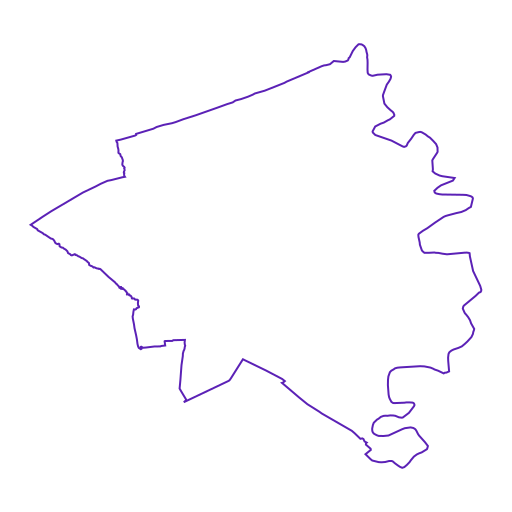 outline of Vetrisoaia, Vaslui, Romania
{"feature_id": "2599482B68362790153734", "entity_name": "Vetrisoaia", "entity_type": "district", "adm_level": 2, "iso_a3": "ROU", "parent_name": "Romania", "parent_adm1": "Vaslui", "projection": "robinson", "projection_center": [28.193, 46.447], "detail": "fine", "context": "isolated", "style": "outline", "palette": "violet", "viewbox_px": 512, "rotation_deg": 0, "n_neighbors": 0, "source": "geoboundaries", "source_scale": "gbopen_adm2", "svg_char_len": 6015}
<svg xmlns="http://www.w3.org/2000/svg" viewBox="0 0 512 512"><path d="M365.5,454.2L370.6,459.2L372.2,460.5L378.6,462.1L381.3,462.3L385.2,462.0L389.1,461.0L391.8,461.0L392.9,461.5L394.8,463.2L397.8,465.4L399.9,466.8L402.2,467.8L404.3,467.1L406.9,464.9L409.5,462.2L410.9,460.2L413.9,456.6L416.9,454.4L419.2,453.3L421.7,452.4L426.9,449.2L427.4,448.0L427.9,446.0L425.0,442.2L419.0,435.5L418.0,434.0L416.5,431.0L415.6,429.6L415.0,429.0L413.4,428.0L410.6,427.4L404.8,428.2L402.2,429.2L388.5,435.5L386.5,435.7L383.5,436.0L378.6,435.9L376.7,435.2L374.1,433.8L372.9,432.5L372.4,431.3L372.2,430.0L372.2,428.5L372.9,425.0L373.8,422.7L377.0,419.6L378.6,418.7L380.8,416.9L383.5,415.9L385.5,415.7L387.4,415.8L390.3,415.4L393.3,415.5L395.3,415.8L398.9,417.3L401.8,417.7L402.8,417.5L408.9,412.9L414.0,406.2L414.5,405.0L414.1,403.7L413.5,403.0L412.5,402.6L409.4,402.4L406.4,402.4L404.4,402.7L394.2,403.1L393.1,403.0L391.4,401.9L389.7,398.7L389.1,397.1L388.6,394.5L387.9,385.1L388.0,379.8L388.4,376.4L389.9,372.2L391.3,370.7L393.6,369.4L395.1,368.3L397.4,367.7L400.3,367.4L420.1,366.2L424.4,366.4L430.5,367.6L433.6,368.9L434.3,369.4L438.1,370.7L443.7,373.4L444.8,372.7L446.4,372.6L449.1,371.4L448.2,360.8L448.1,357.5L448.5,354.1L448.9,353.1L449.5,352.1L451.4,350.6L453.6,349.5L458.4,347.9L461.8,346.4L464.7,344.0L467.4,341.5L471.4,337.1L472.9,334.0L473.3,331.9L473.9,330.3L474.2,328.9L471.1,323.4L470.0,320.2L468.2,317.2L466.0,314.4L465.2,313.6L464.6,312.7L462.8,308.6L463.3,306.5L463.9,305.6L475.6,295.9L479.0,292.6L480.5,292.1L481.2,290.9L481.3,289.7L480.2,285.9L473.1,271.0L469.9,256.4L469.6,253.2L468.9,252.9L466.8,252.6L464.4,252.7L447.0,254.3L442.5,253.7L438.4,252.9L435.7,252.8L434.5,252.5L428.9,252.8L424.4,252.8L422.5,251.2L421.8,250.2L419.9,244.7L419.7,242.5L418.5,237.0L418.3,234.8L418.8,233.8L422.9,230.8L427.3,228.2L435.2,222.5L443.6,216.9L445.6,216.0L448.0,215.3L456.3,213.1L461.3,212.0L465.8,210.1L468.7,208.1L470.9,206.9L472.9,198.6L472.6,197.5L471.8,196.8L470.7,196.2L466.5,195.0L462.9,194.8L442.1,194.5L439.5,194.2L436.6,193.6L435.4,193.1L434.6,192.2L434.3,190.8L437.5,187.8L441.1,185.3L452.9,180.6L454.6,178.0L442.2,176.2L439.5,175.5L435.2,173.5L432.6,171.3L432.9,169.3L432.3,160.5L432.7,159.5L437.1,152.8L437.6,151.8L437.5,147.5L436.1,144.1L433.2,140.9L430.0,137.7L427.9,136.4L425.6,134.5L421.8,132.3L420.5,131.9L419.2,132.0L415.5,132.9L413.8,134.8L411.2,138.7L407.8,143.0L406.7,145.6L405.9,146.3L404.1,146.9L402.6,146.4L391.5,140.6L375.3,135.0L372.8,132.5L372.6,131.4L375.2,126.5L380.6,123.7L383.8,122.6L388.0,120.2L389.8,119.4L394.2,115.9L394.3,114.8L393.4,112.7L392.6,111.8L390.7,110.3L387.3,107.2L384.4,103.6L382.9,96.1L383.0,95.0L384.1,91.9L386.8,84.6L388.8,81.8L390.5,78.9L391.1,76.7L390.8,75.7L390.2,74.8L386.4,74.2L377.6,74.7L372.7,75.8L371.4,75.6L369.0,74.6L368.2,73.8L367.7,72.8L367.5,69.5L367.6,62.9L367.5,59.7L367.1,57.3L367.3,55.4L367.2,54.4L366.5,51.8L366.2,50.1L365.6,48.3L364.3,46.2L362.5,44.9L361.5,44.4L359.4,44.2L358.5,44.3L355.6,47.2L352.8,51.0L349.7,57.3L348.7,58.1L348.3,59.7L347.7,60.5L345.1,61.6L343.1,61.9L333.8,61.0L330.0,64.2L326.0,65.2L324.1,65.4L321.7,66.2L308.3,72.1L308.5,72.4L286.7,81.6L284.4,82.9L264.7,90.7L254.8,93.5L252.9,94.6L248.0,96.7L241.0,99.1L235.5,100.5L232.7,102.4L227.2,104.1L217.0,107.8L195.7,115.3L183.4,119.2L175.6,122.1L172.0,123.2L163.6,124.9L156.6,127.0L153.4,128.7L136.1,133.9L136.2,134.9L135.0,135.6L120.8,139.6L116.3,140.6L116.6,141.8L117.4,143.0L117.6,146.5L118.3,149.0L118.5,150.6L118.4,152.4L118.6,153.1L120.2,154.1L120.7,156.1L121.8,157.3L122.8,160.1L122.9,161.2L122.6,162.0L122.3,164.3L122.4,164.9L123.0,165.9L124.2,166.9L124.6,167.7L124.2,168.4L124.5,169.0L124.6,170.4L124.0,171.5L123.8,172.3L123.9,172.9L124.3,173.2L124.1,173.9L124.1,175.0L124.4,176.1L124.9,176.8L122.2,177.3L111.2,180.1L107.5,180.8L100.7,183.8L95.6,186.5L83.0,192.5L51.3,211.2L42.3,217.0L30.7,224.8L32.3,225.8L33.4,226.9L37.2,229.1L37.7,230.3L42.7,233.1L43.9,234.3L45.2,234.7L50.8,238.5L52.4,238.9L53.2,239.4L54.3,240.8L55.1,242.5L55.5,243.1L56.5,243.7L57.4,244.1L58.8,243.7L59.4,244.2L59.6,246.2L59.9,246.5L61.5,247.5L62.9,247.7L63.9,248.6L65.7,249.6L67.4,251.3L68.1,253.1L70.3,254.3L70.9,255.1L71.5,255.3L72.1,255.3L74.7,254.2L75.5,254.5L75.6,255.0L77.0,255.3L78.3,256.3L79.4,256.6L81.6,258.0L83.1,258.4L84.2,259.3L85.2,259.9L87.0,261.2L87.3,261.7L88.9,263.0L89.1,264.0L89.1,264.8L90.6,265.8L91.5,266.0L92.9,266.8L93.1,267.1L93.5,267.5L94.6,267.3L95.6,267.9L97.2,268.5L98.2,268.5L99.0,269.0L99.7,268.8L100.5,269.2L108.5,276.9L115.1,282.4L115.9,283.5L117.1,284.4L117.6,285.2L118.7,286.2L119.3,287.1L119.3,287.6L119.5,287.8L120.2,287.7L120.7,287.0L121.1,287.0L121.3,287.4L121.2,287.8L120.6,288.4L120.8,288.7L121.4,288.8L121.4,288.2L121.6,288.1L122.7,288.1L123.1,289.0L123.8,289.2L124.9,290.2L125.4,290.6L125.7,291.2L126.3,291.5L126.6,292.4L127.3,293.1L126.9,294.3L127.0,294.5L128.2,294.3L129.1,294.4L129.3,294.6L129.1,295.1L129.3,295.3L130.7,295.8L131.2,296.3L131.9,297.8L131.9,298.4L132.8,298.6L133.9,298.4L134.4,298.7L135.0,299.5L136.0,299.7L137.0,299.6L137.7,299.9L138.2,300.6L137.9,303.1L138.1,305.3L138.3,305.8L138.9,306.2L139.0,306.5L138.9,307.3L136.6,308.2L136.0,309.2L135.5,309.5L133.9,309.4L133.4,311.9L133.1,314.7L132.6,316.4L132.8,318.4L134.0,324.4L134.5,328.1L136.1,335.2L136.9,339.4L137.5,344.0L138.1,346.4L138.8,347.9L140.8,349.2L141.3,348.9L140.9,347.9L140.8,346.9L141.2,346.7L142.5,347.4L142.6,347.8L146.2,347.5L154.3,346.5L160.4,346.4L161.2,346.0L165.2,345.5L164.6,341.3L165.0,341.0L172.3,340.9L173.3,340.2L184.9,339.9L184.6,342.5L184.8,344.5L185.2,345.7L184.7,347.2L184.6,348.4L184.2,349.8L183.6,350.9L182.9,353.5L182.8,356.1L181.5,365.1L180.4,379.9L179.6,388.6L181.1,391.2L186.1,399.5L186.0,400.3L183.8,402.2L228.8,380.8L229.8,379.9L231.1,378.0L242.9,359.3L266.0,370.5L282.2,379.0L284.8,381.1L283.1,382.5L282.0,382.9L298.8,397.2L307.4,404.2L319.3,411.7L321.8,413.5L351.8,430.8L354.5,433.1L360.4,438.8L362.3,438.4L363.4,439.0L364.6,441.5L366.7,442.6L366.0,443.2L365.9,444.6L370.6,448.7L370.8,449.9L365.5,454.2Z" fill="none" stroke="#5b21b6" stroke-width="2"/></svg>